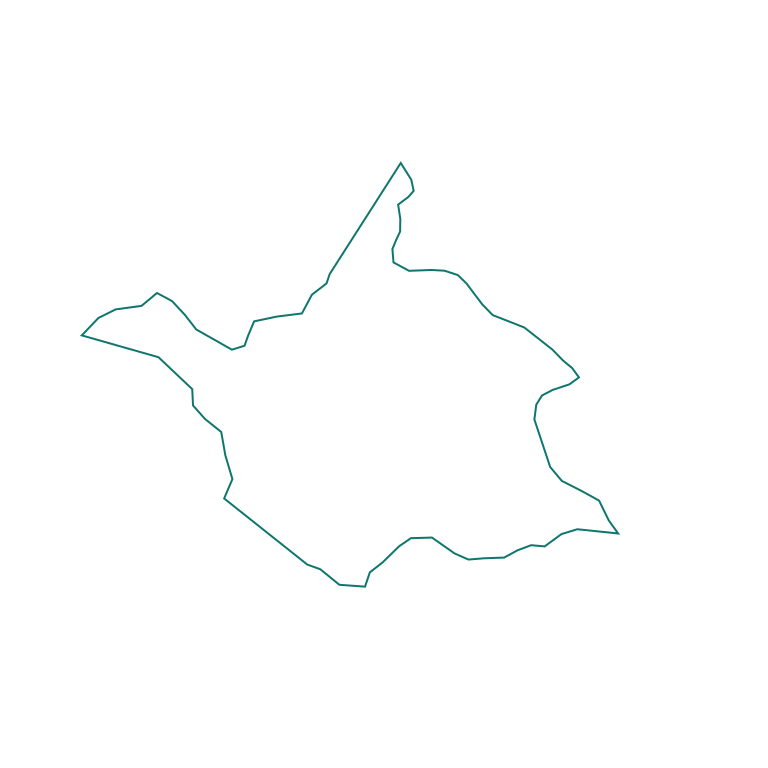 Nova Veneza, Goiás, Brazil, rotated 304°
{"feature_id": "56859067B10589714904622", "entity_name": "Nova Veneza", "entity_type": "district", "adm_level": 2, "iso_a3": "BRA", "parent_name": "Brazil", "parent_adm1": "Goiás", "projection": "natural_earth1", "projection_center": [-49.299, -16.355], "detail": "fine", "context": "isolated", "style": "outline", "palette": "teal", "viewbox_px": 768, "rotation_deg": 304, "n_neighbors": 0, "source": "geoboundaries", "source_scale": "gbopen_adm2", "svg_char_len": 1114}
<svg xmlns="http://www.w3.org/2000/svg" viewBox="0 0 768 768"><g transform="rotate(304 384 384)"><path d="M391.0,661.7L396.6,646.6L407.6,627.5L405.9,608.4L403.1,585.7L408.1,568.2L438.7,528.5L452.0,521.8L462.8,521.4L473.4,527.1L487.4,537.9L498.5,541.9L502.4,531.1L503.6,519.2L506.7,504.3L509.3,468.8L505.3,450.7L501.9,435.6L505.0,420.8L510.3,405.3L513.4,396.5L515.6,384.2L511.7,370.7L505.0,359.5L491.8,341.4L490.1,323.9L500.6,315.5L510.3,313.5L519.4,312.1L530.0,305.2L540.6,295.4L552.7,299.6L560.7,300.6L568.6,292.4L576.6,274.3L444.8,277.5L435.3,280.1L417.7,274.3L396.6,276.5L379.9,257.4L363.3,241.3L347.6,244.4L337.8,247.0L327.4,238.7L324.2,197.9L330.0,180.1L334.2,162.0L332.5,144.9L313.2,139.3L295.8,119.8L279.0,110.3L255.3,106.3L280.1,182.1L272.5,227.9L259.4,237.7L254.9,255.2L253.2,275.9L236.1,292.4L220.4,311.5L199.7,315.5L191.4,421.4L194.8,434.8L192.6,459.3L205.4,481.6L219.9,477.6L235.3,482.6L258.0,487.3L271.2,492.5L283.5,509.6L283.0,537.3L285.7,552.2L295.3,564.2L307.3,580.7L320.8,587.7L332.7,596.2L339.2,608.0L358.9,615.1L371.7,625.5L391.0,661.7Z" fill="none" stroke="#0f766e" stroke-width="2"/></g></svg>